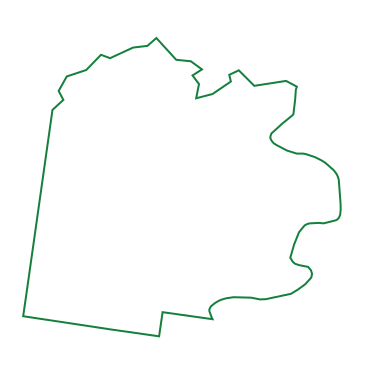 Marshall, Oklahoma, United States of America (Natural Earth projection), rotated 278°
{"feature_id": "52423323B10683524910186", "entity_name": "Marshall", "entity_type": "district", "adm_level": 2, "iso_a3": "USA", "parent_name": "United States of America", "parent_adm1": "Oklahoma", "projection": "natural_earth1", "projection_center": [-96.746, 33.999], "detail": "fine", "context": "isolated", "style": "outline", "palette": "green", "viewbox_px": 384, "rotation_deg": 278, "n_neighbors": 0, "source": "geoboundaries", "source_scale": "gbopen_adm2", "svg_char_len": 1204}
<svg xmlns="http://www.w3.org/2000/svg" viewBox="0 0 384 384"><g transform="rotate(278 192 192)"><path d="M69.8,42.2L45.5,42.1L44.6,129.6L44.5,179.5L68.9,179.6L68.9,230.0L70.6,228.9L76.2,225.9L77.7,225.5L80.2,226.1L81.8,227.0L85.3,230.3L88.0,233.7L89.5,236.2L91.5,240.6L93.6,247.8L95.6,265.3L95.1,274.3L96.1,279.9L105.0,304.3L110.4,310.8L116.6,317.1L123.8,322.0L127.7,322.3L131.0,320.7L134.0,317.4L134.5,308.1L135.3,304.0L136.9,301.5L140.6,298.5L154.1,300.4L167.1,303.6L174.6,308.2L176.7,311.2L177.3,313.0L179.0,321.4L179.3,326.8L183.6,337.4L184.5,339.2L186.7,341.0L189.9,341.9L195.2,341.7L200.8,340.8L224.3,335.7L227.3,334.4L229.9,332.7L233.3,329.3L239.5,319.9L241.3,315.9L243.7,308.7L245.4,299.3L245.5,296.9L244.6,290.4L246.3,280.1L250.3,269.0L251.6,266.2L253.5,264.0L255.9,262.2L257.9,261.9L261.0,262.5L272.1,271.7L281.8,280.7L283.1,281.6L297.6,281.3L307.8,280.6L310.9,281.2L315.1,269.7L305.8,238.9L319.0,221.4L313.2,212.6L306.8,215.1L291.9,198.7L285.4,183.1L299.9,183.9L307.5,176.3L314.8,184.8L321.3,172.6L320.7,158.0L339.5,135.3L330.5,127.5L326.8,113.5L313.1,92.2L315.2,82.8L298.1,70.3L289.0,51.9L273.5,45.9L265.3,51.8L253.9,42.4L69.8,42.2Z" fill="none" stroke="#15803d" stroke-width="2"/></g></svg>